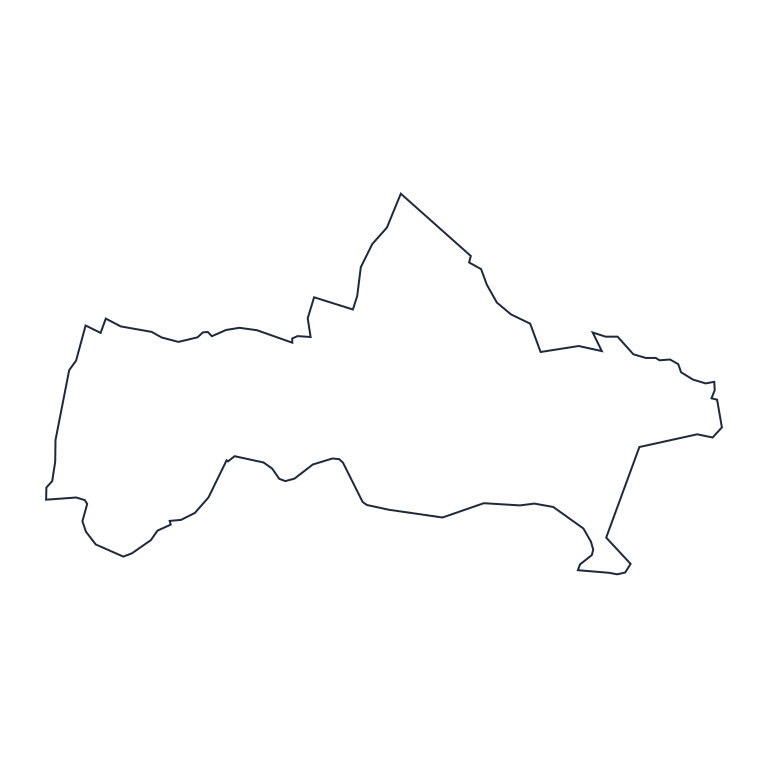 Castleknock Lea-6, Fingal, Ireland (orthographic projection)
{"feature_id": "5873133B47957460219787", "entity_name": "Castleknock Lea-6", "entity_type": "district", "adm_level": 2, "iso_a3": "IRL", "parent_name": "Ireland", "parent_adm1": "Fingal", "projection": "orthographic", "projection_center": [-6.404, 53.378], "detail": "fine", "context": "isolated", "style": "outline", "palette": "slate", "viewbox_px": 768, "rotation_deg": 0, "n_neighbors": 0, "source": "geoboundaries", "source_scale": "gbopen_adm2", "svg_char_len": 1433}
<svg xmlns="http://www.w3.org/2000/svg" viewBox="0 0 768 768"><path d="M630.6,563.9L606.2,537.6L639.4,447.0L697.2,434.3L712.6,437.5L721.9,427.4L717.1,399.7L711.5,398.3L714.7,390.2L714.3,381.8L705.6,383.4L693.0,379.6L681.1,372.3L678.2,364.1L670.0,359.5L659.5,360.3L655.7,357.9L646.0,358.0L633.4,354.3L617.6,336.7L605.7,336.7L592.7,332.5L601.8,351.1L578.5,346.0L540.6,352.0L530.2,323.7L511.0,314.4L496.9,302.6L486.9,284.9L481.1,269.1L469.1,262.5L470.8,256.0L400.8,193.7L386.9,227.6L372.3,244.0L360.8,267.2L357.2,296.0L352.9,309.5L314.1,297.3L307.7,318.3L310.6,337.0L297.5,336.1L292.2,338.5L292.3,342.7L256.9,330.2L239.4,327.8L226.0,330.0L211.9,336.2L207.8,332.0L202.8,332.4L197.6,337.3L178.5,341.9L161.7,337.5L151.7,331.9L120.7,326.4L105.8,318.6L100.6,332.9L85.6,325.5L76.1,360.6L69.2,370.1L55.5,440.0L55.2,461.7L52.2,481.1L46.4,487.5L46.1,499.7L76.2,497.5L84.8,500.1L87.2,503.9L82.4,521.3L86.0,531.8L95.8,544.5L123.3,556.6L131.8,553.4L150.9,540.1L157.4,530.7L170.7,524.6L169.7,520.9L181.0,519.9L194.9,512.9L208.5,497.4L226.6,460.3L228.0,461.4L234.6,456.2L263.6,462.5L272.2,468.6L279.2,478.8L285.3,481.1L294.5,478.6L312.8,464.5L332.4,458.5L339.1,459.1L343.0,462.7L362.6,501.9L366.9,505.0L389.2,509.8L442.5,517.5L483.8,503.2L519.9,505.4L534.5,503.6L553.3,507.0L583.4,528.5L590.9,541.6L593.2,549.5L591.9,555.0L580.0,564.4L577.9,570.2L609.1,572.8L617.2,574.3L625.2,572.5L630.6,563.9Z" fill="none" stroke="#1e293b" stroke-width="2"/></svg>